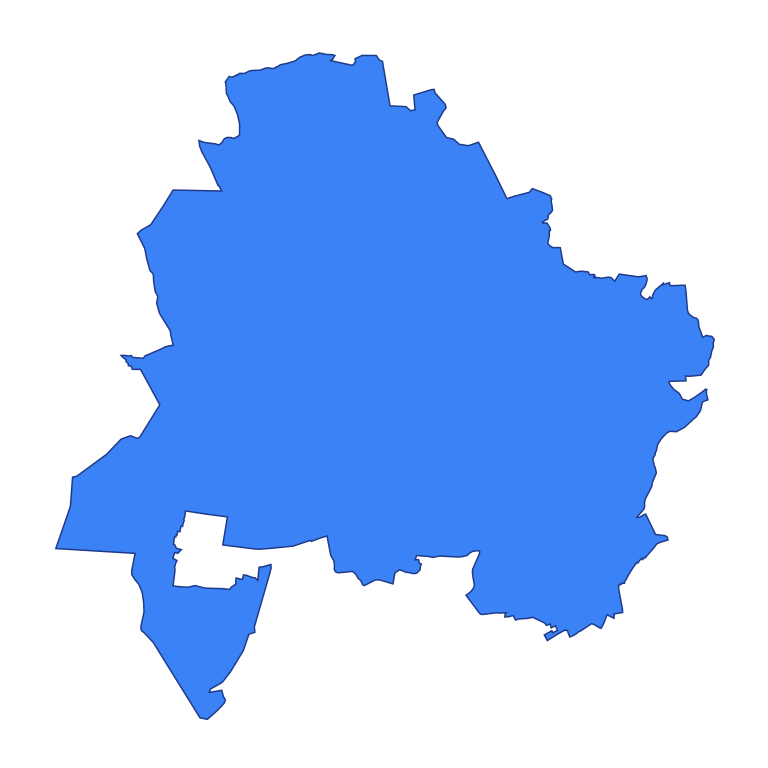 outline of Moroleón, Guanajuato, Mexico, rotated 89°
{"feature_id": "50627088B62680528635044", "entity_name": "Moroleón", "entity_type": "district", "adm_level": 2, "iso_a3": "MEX", "parent_name": "Mexico", "parent_adm1": "Guanajuato", "projection": "orthographic", "projection_center": [-101.228, 20.085], "detail": "fine", "context": "isolated", "style": "filled", "palette": "blue", "viewbox_px": 768, "rotation_deg": 89, "n_neighbors": 0, "source": "geoboundaries", "source_scale": "gbopen_adm2", "svg_char_len": 6063}
<svg xmlns="http://www.w3.org/2000/svg" viewBox="0 0 768 768"><g transform="rotate(89 384 384)"><path d="M544.9,102.7L541.7,103.6L540.5,105.9L539.2,115.1L518.7,124.6L519.2,126.4L521.7,130.6L521.8,133.5L513.5,126.3L511.4,125.6L506.2,125.5L503.2,124.6L491.8,118.4L490.6,117.9L487.1,117.4L477.7,113.2L472.2,114.3L470.0,115.4L467.7,115.6L464.7,116.4L463.1,116.4L459.7,114.2L457.6,113.9L455.5,112.9L449.1,111.4L442.7,106.9L437.8,102.0L436.3,98.9L436.8,92.4L432.4,84.0L424.4,75.2L422.4,72.5L416.3,68.1L407.9,66.0L406.7,64.1L405.5,60.4L399.8,61.8L398.4,61.6L396.4,61.9L395.3,61.3L394.7,62.5L397.0,65.3L402.6,73.4L406.2,79.9L404.3,86.0L398.6,88.9L394.6,94.1L390.5,97.5L387.0,99.3L386.3,98.2L386.1,82.0L381.3,82.4L381.6,78.4L380.7,66.9L374.2,62.2L371.0,59.1L366.6,58.9L365.3,58.6L363.1,57.1L357.1,55.8L352.2,53.9L349.1,54.2L345.2,53.0L342.1,55.3L341.6,59.4L341.1,59.9L341.0,60.7L342.9,64.5L332.1,68.2L327.8,68.4L325.0,69.2L323.7,70.5L322.8,73.5L320.3,76.8L318.4,78.5L315.5,79.3L297.2,80.4L290.5,81.2L290.7,96.3L287.7,96.8L289.6,103.4L288.3,103.1L294.8,111.0L299.5,113.7L303.0,114.2L303.1,114.6L301.5,116.8L303.2,118.1L304.1,120.7L300.9,124.7L299.7,125.6L297.7,126.0L293.4,123.9L292.9,123.0L291.6,121.7L289.7,120.7L285.0,119.2L283.4,119.1L280.2,120.0L281.3,127.8L278.2,146.8L285.2,151.5L281.5,155.2L281.1,158.1L282.1,165.0L281.4,167.5L281.3,172.5L280.0,171.9L280.1,171.2L279.9,171.1L278.2,171.7L278.3,176.3L275.5,178.0L274.6,184.7L275.3,190.5L267.2,202.6L250.7,205.4L250.6,212.6L249.1,215.4L246.2,217.9L239.3,216.2L233.1,215.9L233.3,214.9L231.4,215.0L226.2,218.0L225.7,219.8L226.1,222.4L225.2,222.7L223.2,220.3L222.2,217.6L220.8,217.0L217.9,216.8L215.1,213.6L213.2,212.5L207.1,213.1L205.0,213.6L202.6,213.6L201.9,213.0L201.5,213.5L198.8,214.3L195.3,221.9L191.2,232.3L194.9,235.4L198.6,250.8L200.8,257.9L177.6,268.7L143.9,285.3L147.2,295.4L145.7,304.4L140.5,310.0L138.6,317.3L127.0,325.2L123.7,326.5L112.2,319.8L109.1,317.1L105.5,317.8L93.7,328.0L90.4,328.6L90.4,331.0L95.6,349.2L110.4,348.2L111.2,352.8L107.1,357.2L106.0,373.1L61.4,379.9L60.2,382.8L55.4,386.0L55.1,400.2L58.3,407.3L61.4,406.8L62.8,408.3L63.6,408.3L64.8,410.1L59.8,431.6L59.0,430.8L58.9,430.1L54.7,427.3L53.8,429.7L53.6,435.0L51.8,443.3L52.7,444.7L54.2,449.4L54.3,450.9L53.7,451.1L53.3,452.5L53.6,456.6L55.6,462.1L59.5,467.4L61.5,474.4L63.0,482.1L64.4,484.1L65.2,486.0L65.1,486.3L66.7,488.7L65.9,494.2L66.0,496.6L68.1,502.7L68.2,510.1L68.7,513.0L71.0,518.0L70.9,523.0L72.8,525.8L72.4,525.8L74.3,529.7L74.5,531.1L73.8,533.5L79.3,537.5L80.9,536.8L83.0,536.9L84.8,536.4L87.0,536.7L91.0,536.4L92.8,535.3L99.2,532.8L103.7,528.9L112.4,525.7L121.7,523.8L132.3,524.1L133.7,525.5L135.7,529.8L135.6,530.9L135.0,532.2L134.7,536.2L135.5,538.5L136.7,540.1L138.8,541.1L140.9,543.0L142.1,545.5L141.0,548.1L139.3,559.6L137.3,564.8L142.9,564.2L148.4,562.2L164.3,553.9L182.8,546.4L183.0,545.5L188.2,542.9L186.4,591.5L201.1,600.9L220.6,614.4L226.1,624.3L229.4,628.0L244.4,620.8L254.4,619.1L266.3,616.1L270.1,612.8L277.4,612.5L287.7,611.1L292.3,608.6L299.4,609.9L309.5,607.2L327.0,596.8L331.8,596.2L341.8,594.0L341.8,596.5L343.0,602.0L345.5,607.1L351.6,622.3L354.1,624.3L353.0,634.8L351.2,636.1L351.5,638.9L350.7,644.6L350.9,646.4L353.6,643.7L355.2,641.3L356.9,641.7L359.2,639.4L361.2,639.3L361.8,636.4L365.0,635.4L365.1,627.2L400.9,608.5L433.0,629.2L434.0,631.7L431.3,638.4L434.5,647.8L449.4,662.5L470.9,692.9L471.7,697.0L500.9,699.7L542.8,715.0L549.0,635.8L565.5,639.4L570.1,639.5L575.2,636.5L579.8,632.8L586.3,630.1L590.1,629.1L598.6,628.1L607.6,627.9L622.8,631.4L626.3,630.9L628.5,628.2L638.3,619.3L714.6,573.8L716.2,566.4L707.2,556.0L700.3,549.3L697.2,548.1L693.7,550.0L687.4,551.6L689.3,564.1L685.9,562.8L680.1,552.0L678.4,550.0L669.0,542.5L648.3,529.4L631.8,523.4L630.0,517.4L624.7,517.9L569.9,501.1L566.0,500.1L562.5,500.2L564.5,507.7L565.0,512.1L578.2,513.6L575.6,516.2L575.0,519.5L572.9,524.8L572.4,527.8L577.0,529.0L575.4,535.2L577.8,535.6L581.4,535.6L584.8,540.7L586.7,541.7L585.8,548.6L585.1,564.4L584.6,568.0L582.2,576.3L583.7,583.0L583.6,587.0L582.3,598.4L567.2,596.3L565.7,596.2L563.8,596.6L559.8,595.5L556.8,594.1L554.7,598.0L553.6,597.8L549.0,596.3L549.6,593.0L546.1,589.5L544.6,594.5L540.8,596.2L540.6,597.3L536.2,596.6L533.1,596.0L533.2,594.7L531.3,594.5L531.4,593.6L527.8,592.9L528.1,590.6L522.6,589.5L522.9,587.9L519.8,587.2L517.3,586.2L515.9,586.5L512.5,585.4L507.5,584.7L511.3,562.3L514.1,542.9L542.1,548.0L546.7,516.1L547.0,511.1L546.4,501.0L544.5,477.7L539.0,460.2L540.1,459.4L536.7,449.9L535.0,443.6L553.2,440.5L554.9,440.0L559.4,437.5L561.8,436.9L565.3,436.7L568.0,437.0L570.3,436.2L571.4,435.0L572.0,433.1L570.9,419.4L571.1,418.2L573.9,415.5L577.9,413.2L580.0,410.8L584.5,408.7L585.2,407.3L580.0,396.5L579.7,393.9L579.8,391.9L584.0,378.5L574.0,376.6L572.8,376.0L570.0,371.6L572.7,365.1L572.9,362.7L574.2,357.5L573.7,354.5L570.4,351.2L566.6,350.7L564.7,349.8L563.7,352.0L561.6,352.1L560.1,352.8L560.4,355.9L556.1,354.5L557.0,344.1L558.2,338.0L557.0,331.3L558.3,312.8L558.0,309.2L557.2,305.2L556.5,303.2L555.3,302.5L552.8,298.2L552.3,292.7L552.9,291.2L555.3,291.5L570.4,298.4L572.8,298.9L577.4,298.6L586.2,297.2L588.4,297.5L590.4,298.6L592.8,300.6L595.4,303.7L596.6,305.7L614.4,292.9L615.8,291.4L616.2,289.7L614.6,274.5L615.1,273.6L614.8,265.8L616.7,267.0L619.1,267.2L618.8,266.3L619.0,263.5L617.9,259.8L617.9,258.8L622.3,256.7L621.4,253.8L620.8,244.1L619.9,239.4L625.9,227.3L628.2,225.8L626.8,222.1L630.7,221.2L628.8,216.7L633.4,214.9L635.7,219.8L633.6,220.5L637.7,228.1L643.4,225.2L637.0,214.6L633.2,207.5L633.6,207.1L633.3,206.3L633.7,205.0L640.2,202.7L639.9,201.8L638.3,198.2L636.4,195.1L635.3,194.2L634.5,192.0L627.2,180.5L628.3,178.0L631.7,172.4L632.0,171.1L627.0,168.4L618.6,165.0L622.3,158.2L622.0,158.0L621.2,158.6L619.8,158.3L619.9,157.8L617.8,157.8L616.7,149.4L613.4,149.5L593.5,152.9L589.1,153.0L589.0,151.5L588.3,151.5L588.2,150.1L587.5,150.1L587.4,147.0L586.2,147.1L583.9,145.4L579.7,143.2L572.2,138.4L566.8,134.2L567.4,133.3L562.9,129.8L564.1,128.4L561.8,126.6L562.3,125.9L552.8,117.3L548.8,114.2L547.2,110.8L544.9,102.7Z" fill="#3b82f6" stroke="#1e3a8a" stroke-width="1.5"/></g></svg>